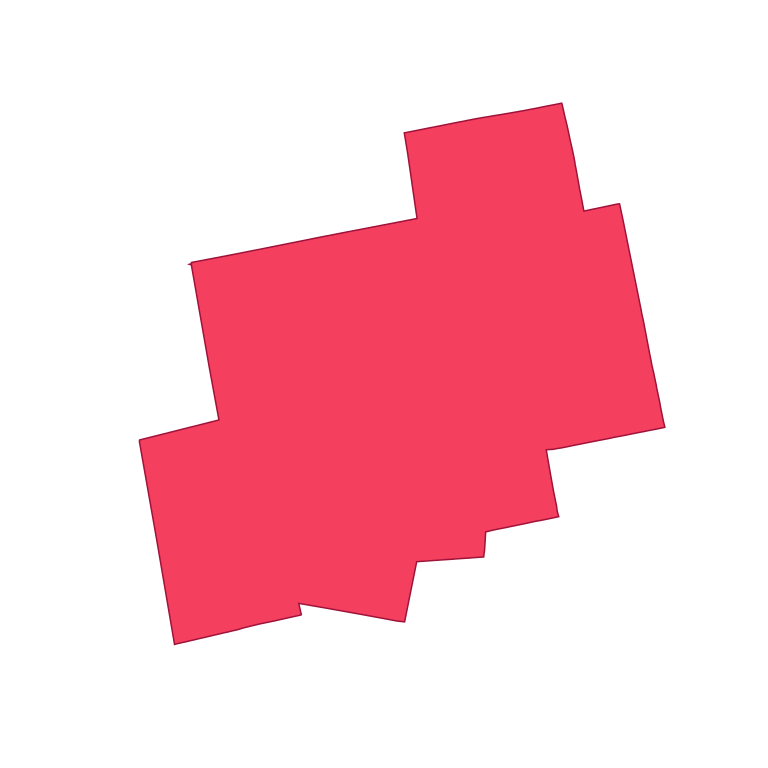 the district of Macesu De Sus, Dolj, Romania, rotated 342°
{"feature_id": "2599482B16695169082861", "entity_name": "Macesu De Sus", "entity_type": "district", "adm_level": 2, "iso_a3": "ROU", "parent_name": "Romania", "parent_adm1": "Dolj", "projection": "equal_earth", "projection_center": [23.726, 43.926], "detail": "fine", "context": "isolated", "style": "filled", "palette": "rose", "viewbox_px": 768, "rotation_deg": 342, "n_neighbors": 0, "source": "geoboundaries", "source_scale": "gbopen_adm2", "svg_char_len": 2295}
<svg xmlns="http://www.w3.org/2000/svg" viewBox="0 0 768 768"><g transform="rotate(342 384 384)"><path d="M637.7,512.0L637.8,511.4L638.2,506.0L639.3,496.3L640.1,489.8L640.6,486.6L641.7,476.0L642.2,471.4L642.5,469.8L643.3,462.3L643.9,457.0L644.6,448.7L645.1,445.2L645.4,442.8L646.0,437.4L650.3,403.4L650.9,396.6L651.3,394.3L662.1,300.9L663.7,285.5L663.5,285.3L660.3,284.8L638.8,282.5L633.0,281.9L630.3,281.6L627.5,281.3L628.7,272.4L629.3,267.5L629.9,262.7L630.2,259.7L631.4,251.5L631.8,248.2L632.5,243.3L633.4,236.4L633.6,234.1L634.1,231.9L634.4,229.3L634.7,227.1L635.4,220.7L635.6,218.5L636.0,214.4L636.2,211.6L636.8,206.2L637.1,203.4L637.8,196.7L638.3,190.5L638.6,186.1L639.8,173.2L639.8,171.8L637.9,171.6L632.7,171.0L625.7,170.1L617.0,169.1L613.4,168.7L608.9,168.1L602.3,167.3L595.8,166.4L586.0,165.0L584.0,164.7L582.0,164.4L577.2,163.7L572.3,162.9L563.9,161.7L561.7,161.3L558.0,160.8L554.0,160.2L535.2,157.9L480.9,151.4L477.8,171.7L473.4,197.3L468.2,227.2L466.6,236.8L395.3,227.9L370.2,224.8L284.4,214.7L238.5,208.9L238.3,210.0L235.9,210.0L237.1,210.9L237.6,211.1L222.8,315.4L215.9,367.2L134.3,361.7L133.6,363.0L120.1,459.0L112.5,511.0L104.3,567.0L106.9,567.1L108.3,567.2L110.9,567.5L112.9,567.6L115.1,567.9L117.8,568.1L120.3,568.3L122.7,568.5L125.8,568.8L128.9,569.0L131.5,569.2L134.0,569.5L136.8,569.7L138.9,569.9L141.3,570.1L143.1,570.2L145.2,570.4L147.3,570.6L149.7,570.8L152.2,571.0L155.0,571.2L156.8,571.4L158.4,571.6L159.8,571.7L161.9,571.8L164.1,572.0L166.2,572.2L168.3,572.4L170.7,572.5L174.2,572.5L179.8,572.9L190.8,573.7L205.9,575.4L222.1,576.9L233.0,578.0L234.1,577.9L235.1,566.3L253.5,576.0L290.8,595.9L310.6,606.6L323.4,613.6L330.1,616.6L339.8,599.3L360.2,563.1L425.4,579.3L426.2,577.4L428.4,572.9L435.0,556.1L443.0,556.7L443.6,556.8L445.7,557.0L450.6,557.6L456.3,558.3L460.4,558.7L464.6,559.2L469.1,559.7L477.0,560.6L480.6,560.9L487.0,561.6L490.9,562.2L497.9,563.0L505.4,563.8L509.2,564.2L509.3,561.1L509.5,558.0L510.4,553.5L512.0,539.2L514.5,521.0L516.4,507.7L518.0,496.7L520.2,497.2L524.5,498.4L528.0,498.8L533.0,499.6L540.6,500.5L545.7,501.0L550.2,501.6L555.4,502.2L559.8,502.7L567.2,503.6L575.2,504.6L580.7,505.3L586.9,505.9L597.4,507.3L604.7,508.1L622.2,510.2L626.2,510.7L629.3,511.1L633.9,511.6L637.7,512.0Z" fill="#f43f5e" stroke="#9f1239" stroke-width="1.5"/></g></svg>